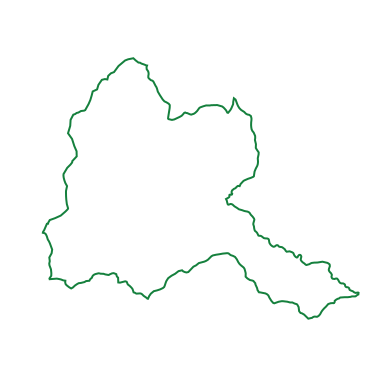 the district of Doban, Geylegphug, Bhutan, rotated 353°
{"feature_id": "84629894B43838221922230", "entity_name": "Doban", "entity_type": "district", "adm_level": 2, "iso_a3": "BTN", "parent_name": "Bhutan", "parent_adm1": "Geylegphug", "projection": "robinson", "projection_center": [90.384, 27.056], "detail": "fine", "context": "isolated", "style": "outline", "palette": "green", "viewbox_px": 384, "rotation_deg": 353, "n_neighbors": 0, "source": "geoboundaries", "source_scale": "gbopen_adm2", "svg_char_len": 6028}
<svg xmlns="http://www.w3.org/2000/svg" viewBox="0 0 384 384"><g transform="rotate(353 192 192)"><path d="M292.0,331.9L295.9,331.5L296.9,330.9L298.1,330.6L298.6,330.6L300.9,331.1L302.0,330.7L303.0,330.1L304.3,328.9L306.0,326.5L307.2,325.2L309.0,323.6L310.9,322.2L313.6,319.8L316.1,319.3L318.2,319.4L319.0,319.6L319.5,319.5L320.2,318.6L320.4,317.4L322.2,316.3L323.8,315.7L324.7,315.7L325.5,315.2L326.3,314.8L330.3,315.0L333.8,315.4L336.7,315.4L338.1,315.1L341.3,315.5L341.8,315.4L342.9,314.7L344.0,314.1L344.6,314.0L344.8,313.4L344.9,312.7L345.0,312.3L344.5,312.0L342.1,312.1L340.8,311.4L339.5,310.1L337.9,309.3L336.6,308.4L336.3,307.5L336.3,306.8L335.7,306.0L334.9,305.5L333.8,305.3L333.0,304.8L332.6,303.9L332.5,302.6L332.2,302.1L331.0,301.2L329.0,300.9L328.0,300.3L327.3,299.4L326.3,296.9L325.5,295.7L324.5,295.4L322.8,295.7L321.0,295.2L320.6,294.8L320.3,294.2L320.1,293.1L320.5,292.1L320.7,291.0L320.0,289.4L319.1,288.3L318.6,287.4L318.3,286.5L318.3,285.8L318.6,284.9L319.8,282.4L319.8,280.9L319.6,280.4L317.9,278.9L313.0,277.1L307.9,277.3L304.8,277.0L302.2,277.0L300.8,277.4L299.9,277.9L296.8,278.4L296.4,278.3L295.5,277.5L294.9,276.7L293.2,275.2L292.0,273.5L291.7,272.5L291.7,272.0L292.5,269.9L292.6,269.5L292.5,268.7L292.0,267.8L291.4,267.5L290.6,267.6L289.6,268.4L288.7,269.7L288.0,269.8L287.0,269.1L286.0,267.7L285.5,266.4L285.3,265.3L284.9,264.7L284.0,264.0L281.7,262.8L278.7,262.8L277.9,261.9L277.1,260.1L275.0,258.0L274.3,257.6L273.4,257.4L272.0,257.0L271.5,256.5L270.7,255.4L269.9,255.1L269.3,255.2L268.5,255.5L267.4,256.2L266.4,256.3L265.7,256.0L264.7,255.2L263.7,254.1L262.8,252.4L262.6,251.4L262.5,248.9L262.1,247.9L261.0,247.3L258.8,246.9L257.7,246.5L255.5,244.3L254.5,243.8L253.2,243.6L252.6,243.3L251.8,240.9L251.5,240.3L250.8,239.3L249.8,238.3L249.5,237.5L249.3,235.9L249.3,233.8L248.9,231.6L249.1,230.5L250.4,227.4L250.5,226.8L250.3,225.9L249.2,223.9L247.5,221.6L246.8,220.0L246.2,219.2L244.9,218.3L241.8,217.3L239.4,216.1L236.5,214.9L235.0,213.5L232.4,211.4L230.6,209.3L229.1,208.6L228.7,208.6L227.0,209.0L226.4,209.0L225.9,208.3L225.6,206.2L225.5,204.9L224.9,203.1L227.4,202.1L228.4,201.5L228.6,201.0L228.7,199.6L229.1,199.3L230.7,199.5L231.4,199.3L231.7,198.6L231.2,197.9L231.4,196.4L232.0,195.3L234.0,194.0L235.6,193.5L237.0,192.3L238.2,191.6L238.8,191.6L240.0,192.0L241.2,190.0L244.3,187.4L245.3,186.9L249.3,185.7L252.3,185.1L254.6,184.4L255.3,184.0L256.6,179.3L258.2,176.5L260.0,173.9L260.7,172.3L261.2,170.1L261.4,166.5L262.7,162.7L263.0,160.8L261.4,157.7L260.7,156.0L261.3,152.3L260.8,148.0L261.3,146.2L261.5,144.1L260.5,140.6L259.3,138.6L258.8,137.0L258.7,134.9L258.8,132.8L259.2,130.2L259.8,127.7L260.0,126.0L259.7,123.8L258.2,122.4L256.4,121.8L255.0,120.8L253.6,118.9L250.8,116.6L249.2,114.5L248.2,112.3L247.7,110.7L246.5,105.6L245.0,104.1L243.9,107.6L243.5,109.9L241.1,114.0L239.9,115.5L237.5,117.8L236.8,117.6L236.4,116.8L235.8,115.1L234.5,113.2L233.7,112.1L232.4,110.8L227.7,108.8L221.7,108.2L220.1,108.3L216.6,107.8L213.6,108.3L210.5,109.0L209.4,109.6L206.9,112.3L204.9,113.8L203.3,114.6L200.6,115.1L199.2,114.5L196.9,113.1L195.9,112.9L195.0,112.3L194.2,112.4L193.7,112.7L192.7,113.7L191.0,115.1L188.8,116.0L183.3,117.8L180.9,118.0L177.6,116.8L177.2,116.2L177.5,114.8L180.1,105.8L180.5,103.3L180.4,102.7L179.6,101.5L177.6,99.9L175.7,98.7L174.2,96.6L171.9,91.9L170.3,88.2L169.9,85.4L169.5,83.7L168.7,82.0L167.1,77.6L166.3,76.7L164.7,75.9L162.9,73.8L162.6,73.0L162.8,71.4L163.3,69.8L163.4,68.5L163.2,66.9L162.0,64.6L162.1,62.4L162.8,61.0L162.1,60.8L160.0,59.6L157.5,58.4L156.1,57.3L154.6,57.0L152.1,54.5L150.1,52.1L144.8,52.5L141.6,53.3L134.4,58.0L129.2,63.5L126.0,64.3L123.0,66.5L121.7,70.0L119.3,69.3L116.2,69.7L112.2,74.2L110.3,78.6L105.7,80.1L104.1,84.2L102.3,88.3L100.0,92.2L97.0,96.3L96.0,97.7L94.8,98.1L91.7,98.1L88.9,99.3L87.1,99.5L85.5,100.4L83.6,100.8L80.3,105.6L79.2,111.5L76.1,118.6L79.4,124.7L80.8,132.1L82.4,137.5L81.9,142.6L77.0,146.7L76.6,148.1L74.7,150.0L71.1,152.8L66.7,158.5L66.4,160.1L66.4,162.2L66.8,165.1L67.4,167.7L68.7,170.9L67.1,175.5L66.9,176.8L66.5,180.7L66.3,184.0L66.3,188.8L67.0,193.1L66.6,193.9L64.1,195.9L58.9,199.4L52.8,201.3L47.4,202.5L45.5,205.0L45.3,205.9L44.1,205.9L40.7,211.7L39.2,213.6L39.0,214.3L40.7,214.9L41.8,216.1L42.5,218.3L43.1,221.6L44.0,223.5L44.7,225.7L46.2,232.1L45.2,235.7L42.4,239.6L42.4,243.3L41.6,245.6L41.6,247.4L42.6,251.6L42.5,255.4L42.1,258.0L40.0,260.4L40.1,261.2L47.2,261.5L49.2,262.1L51.2,262.8L53.4,264.0L55.5,264.6L55.1,266.4L55.4,268.2L56.4,269.5L58.5,271.6L60.3,273.0L62.1,272.3L64.4,270.6L66.5,269.5L68.4,268.7L70.8,268.7L74.2,268.3L76.1,267.5L79.3,267.6L80.4,266.1L82.3,264.8L82.7,263.8L83.6,262.8L84.8,262.1L86.1,261.7L89.3,261.3L90.5,261.6L91.4,262.0L94.2,262.4L95.8,263.2L98.7,264.1L99.3,264.2L100.4,263.7L102.8,263.0L104.4,263.0L106.8,264.3L106.9,265.4L107.2,266.8L108.2,268.0L107.8,272.8L109.5,273.2L114.8,272.5L116.2,273.1L117.0,275.9L118.7,277.6L120.3,279.6L121.2,281.2L121.8,284.5L123.0,285.0L123.8,285.7L124.5,286.1L127.9,286.3L128.8,286.5L130.0,287.4L131.3,289.1L134.0,291.5L134.7,292.4L135.3,292.6L137.0,289.8L138.1,288.7L138.6,288.0L142.0,285.8L145.3,285.4L148.4,284.8L151.4,283.8L152.8,282.9L153.6,281.5L155.0,278.5L155.8,277.1L157.9,274.6L161.5,272.6L165.3,271.1L169.0,268.9L172.6,268.5L173.5,269.6L174.9,270.5L176.7,271.2L178.6,271.0L184.3,266.3L187.1,265.3L190.1,263.4L195.8,262.6L197.5,262.1L199.5,261.2L203.5,258.1L205.0,257.5L208.2,257.2L211.6,257.1L215.0,256.9L219.5,257.0L220.8,257.4L222.6,259.3L224.9,260.4L226.8,261.7L228.3,264.3L229.4,267.3L230.4,269.2L231.7,270.8L234.1,273.3L234.8,274.8L235.2,277.4L235.4,279.2L234.9,282.6L236.4,284.5L238.7,286.4L241.0,287.2L242.1,287.8L243.7,290.3L243.7,291.5L244.9,295.3L245.1,297.4L245.6,298.2L245.8,299.0L246.4,299.8L247.0,299.8L252.5,301.6L254.0,302.6L255.2,304.0L255.9,306.2L257.5,309.7L259.1,312.0L260.1,312.5L264.6,311.5L267.5,311.3L268.7,311.4L273.2,312.5L275.9,313.6L278.2,313.9L280.2,315.2L282.3,316.1L282.8,316.7L283.8,319.2L283.8,323.3L284.4,324.4L285.0,325.3L286.3,325.8L288.3,327.3L292.0,331.9Z" fill="none" stroke="#15803d" stroke-width="2"/></g></svg>